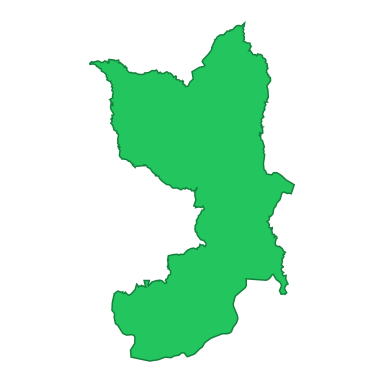 the district of Tsana-Talana, Mafeteng, Lesotho
{"feature_id": "5366337B43460203285745", "entity_name": "Tsana-Talana", "entity_type": "district", "adm_level": 2, "iso_a3": "LSO", "parent_name": "Lesotho", "parent_adm1": "Mafeteng", "projection": "robinson", "projection_center": [27.304, -29.791], "detail": "fine", "context": "isolated", "style": "filled", "palette": "green", "viewbox_px": 384, "rotation_deg": 0, "n_neighbors": 0, "source": "geoboundaries", "source_scale": "gbopen_adm2", "svg_char_len": 5966}
<svg xmlns="http://www.w3.org/2000/svg" viewBox="0 0 384 384"><path d="M284.9,294.4L286.7,292.8L284.6,289.0L284.7,287.6L286.3,284.7L288.0,284.0L285.6,278.8L286.2,275.4L283.5,275.8L282.4,274.3L282.4,273.4L283.6,272.6L281.5,270.8L281.3,269.1L281.8,267.7L283.2,267.2L283.2,266.5L281.3,265.0L282.4,261.4L282.0,258.4L283.2,258.0L283.8,256.5L283.0,254.9L283.2,254.3L284.4,254.4L284.5,253.3L285.4,252.3L283.5,251.1L282.4,248.8L279.5,246.3L278.1,246.7L275.5,245.2L275.2,242.7L276.0,239.2L277.0,238.4L276.6,236.5L275.9,236.0L274.3,237.3L274.4,234.4L272.3,234.3L272.1,231.6L271.0,229.2L272.2,229.2L272.3,227.6L270.5,228.1L269.1,227.4L269.3,224.5L268.5,222.9L266.9,221.6L268.9,220.2L269.5,218.2L269.1,216.4L270.5,216.5L272.9,213.9L273.7,208.7L275.8,206.1L276.9,203.0L280.0,199.7L281.9,193.0L283.6,192.0L287.4,193.5L289.0,193.1L291.2,193.8L294.2,184.7L286.2,180.0L281.4,175.5L276.9,172.7L273.6,172.7L271.7,174.9L266.6,174.0L265.7,171.2L264.0,169.5L263.4,163.6L264.7,154.7L263.6,153.0L264.0,150.7L263.3,149.7L264.3,146.8L262.4,140.6L261.0,139.6L260.6,136.5L259.4,135.6L260.8,135.0L259.6,133.8L259.8,132.5L261.7,133.6L262.8,133.0L262.5,128.6L261.7,127.6L262.9,127.0L261.5,126.6L261.2,125.7L261.9,125.4L260.7,123.1L261.7,121.7L261.3,118.9L263.8,117.1L263.3,115.8L262.5,115.7L262.6,114.5L263.6,110.6L264.4,110.5L264.7,109.6L264.8,108.6L264.2,108.1L265.8,104.6L264.4,102.4L267.3,102.0L266.6,101.4L266.7,100.4L267.5,99.4L267.3,98.4L268.3,97.6L267.9,90.0L266.8,85.9L270.5,81.1L270.5,78.0L270.2,77.3L269.2,77.2L268.6,75.0L267.7,74.9L267.5,73.3L266.4,72.5L266.8,69.5L268.0,68.3L266.8,66.8L267.5,66.0L266.9,63.6L265.2,62.3L266.0,60.6L265.2,58.8L262.8,57.8L262.2,55.5L260.6,54.4L258.9,54.6L257.9,53.8L256.4,55.8L255.6,54.8L252.9,54.5L250.3,50.5L248.8,50.8L251.2,46.3L250.2,45.0L249.9,43.1L247.6,43.1L243.3,41.1L244.3,39.2L244.2,36.3L243.4,35.5L244.3,33.7L243.1,31.9L243.7,29.2L242.9,27.6L244.1,26.5L244.6,23.0L241.3,26.2L238.8,25.4L236.2,26.0L232.6,29.8L230.1,30.0L229.8,31.2L227.1,31.1L223.8,34.8L220.2,35.0L217.3,36.9L216.4,38.7L214.7,39.9L214.8,41.1L212.3,46.1L212.5,47.1L211.7,47.6L211.7,49.6L208.3,54.3L203.0,59.8L202.2,61.6L204.9,65.5L203.9,66.5L199.7,67.2L192.0,71.8L193.3,78.9L189.8,82.3L188.1,86.2L185.5,86.6L184.7,84.7L182.8,84.0L183.4,81.5L182.6,80.5L181.0,81.6L179.1,79.9L176.1,79.6L176.3,76.4L175.5,76.0L173.6,77.3L172.5,75.0L170.0,73.0L169.0,73.5L167.6,72.1L166.3,71.9L163.6,73.5L161.6,73.5L160.2,72.2L158.5,73.4L157.2,70.8L156.2,70.0L155.4,70.7L152.1,70.6L148.6,72.6L144.5,73.0L144.0,74.2L141.9,74.5L138.2,74.3L135.2,72.8L134.4,73.3L130.7,72.4L129.5,72.8L127.5,70.9L126.5,69.1L127.0,68.2L125.4,66.4L125.1,67.4L124.2,67.2L123.7,65.5L120.2,62.6L119.3,63.1L118.3,62.4L119.0,61.3L118.6,60.1L114.9,60.8L114.4,60.1L109.1,59.4L108.4,60.5L109.3,62.3L108.7,62.9L107.6,63.0L107.0,61.6L104.6,60.9L103.2,62.3L101.8,62.6L98.1,60.9L93.3,62.2L91.8,61.6L89.8,63.4L90.0,64.4L93.3,63.9L95.9,64.9L96.8,66.5L98.7,67.2L99.4,68.5L101.1,68.7L101.3,70.9L104.3,72.6L106.5,75.0L106.3,76.7L107.5,78.1L106.8,79.7L109.6,81.3L110.7,81.2L111.0,83.2L112.3,84.8L111.5,86.8L112.8,87.5L111.8,90.4L113.3,92.0L112.5,96.2L112.8,97.7L109.8,99.6L110.6,100.1L110.7,101.7L112.5,102.9L111.2,103.3L110.9,104.2L112.9,104.5L112.9,105.5L111.1,105.5L110.5,106.2L110.8,109.0L113.6,113.7L113.7,114.9L111.9,115.3L112.6,118.3L112.3,119.0L111.3,118.5L111.0,119.3L112.3,121.5L110.8,123.0L112.8,125.5L114.1,130.2L117.0,131.4L116.6,132.8L118.6,134.8L117.6,140.0L118.2,141.1L117.6,142.3L117.8,143.8L119.1,144.8L117.9,146.6L118.4,147.0L119.2,146.4L120.0,147.3L118.7,148.4L120.0,150.4L119.4,155.5L120.3,157.2L121.8,158.3L121.8,158.9L126.4,159.4L128.7,161.3L129.7,161.0L131.9,163.7L133.3,164.3L132.6,165.0L135.1,167.4L135.3,166.7L136.8,166.2L143.5,165.7L143.8,165.0L144.7,165.7L145.1,164.9L146.3,165.4L147.5,167.3L150.1,168.5L152.6,172.2L155.3,174.3L155.4,175.2L156.2,174.9L155.9,175.8L158.8,176.2L159.3,178.1L162.0,181.1L166.8,184.6L169.5,184.8L172.9,188.1L177.1,187.9L181.0,189.8L182.8,188.5L185.4,188.9L185.9,187.6L188.3,189.0L191.3,189.4L191.2,190.5L191.9,190.9L194.7,190.5L196.4,189.2L197.0,187.0L196.6,189.6L194.4,192.0L195.1,193.4L194.8,195.0L195.9,199.9L193.8,205.9L195.8,206.4L195.6,207.6L198.8,206.9L201.6,207.5L202.9,206.1L204.3,208.8L204.0,209.7L201.9,210.4L200.2,214.3L198.4,215.9L198.4,217.3L196.4,220.3L196.7,223.3L195.1,225.8L195.4,227.6L194.9,228.6L195.5,231.9L196.8,232.5L197.3,235.0L199.9,238.7L200.8,239.7L203.7,240.5L206.1,243.2L206.1,244.8L205.1,246.6L203.1,245.0L201.1,245.0L200.0,244.3L199.3,246.9L197.3,247.8L197.2,249.3L193.6,248.1L191.2,248.5L187.3,250.3L183.6,254.4L180.2,254.3L178.7,255.3L177.6,254.3L174.0,254.5L168.4,255.7L167.6,260.0L168.6,260.0L167.8,261.8L168.5,265.1L167.9,265.2L168.4,266.1L167.7,266.5L168.3,266.9L167.8,267.1L168.4,267.7L168.0,267.8L168.2,268.9L168.9,268.8L170.6,270.9L170.6,273.7L170.0,274.9L168.5,275.2L167.5,278.6L165.9,279.4L165.4,280.6L166.6,281.8L166.0,283.4L164.4,283.1L161.7,280.6L159.3,280.1L159.1,280.9L158.0,280.9L157.2,280.4L152.0,282.0L148.4,285.9L148.2,284.6L149.4,280.5L144.1,280.5L145.7,287.2L141.8,285.5L141.8,286.2L140.0,285.9L138.5,287.0L137.9,285.3L136.7,284.1L135.1,289.6L130.6,294.5L128.8,295.2L126.7,293.9L125.5,292.2L123.7,293.6L122.9,293.2L122.9,291.9L121.0,292.2L117.9,291.0L114.3,293.6L112.3,302.8L112.0,310.4L114.0,312.7L114.6,314.8L114.1,317.2L115.5,323.7L117.8,325.3L122.8,333.4L126.5,335.1L132.2,334.6L134.4,336.0L135.0,337.4L134.6,343.7L130.5,350.1L131.1,357.1L149.6,361.0L158.4,359.7L165.2,357.1L171.0,357.7L174.4,355.9L178.9,355.2L181.5,353.0L183.3,352.8L184.4,353.1L186.9,356.5L187.9,356.6L194.7,353.9L199.6,348.9L202.1,347.2L204.9,342.6L210.7,338.3L222.4,333.7L227.4,333.7L229.9,332.9L231.5,331.5L233.1,327.4L236.5,322.7L237.9,318.7L237.3,315.5L233.4,306.1L233.3,303.7L234.7,297.9L235.6,295.9L245.3,287.6L246.3,285.5L246.2,278.8L265.8,280.2L267.7,279.7L270.0,277.9L272.3,274.5L273.4,274.6L276.3,279.6L280.0,282.3L281.2,284.4L281.4,286.2L279.5,290.7L281.1,294.2L284.3,293.9L284.9,294.4Z" fill="#22c55e" stroke="#15803d" stroke-width="1.5"/></svg>